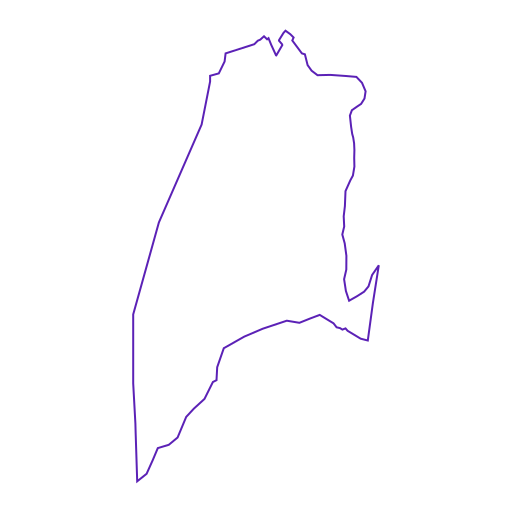 Idah, Kogi, Nigeria
{"feature_id": "59680162B89596725903657", "entity_name": "Idah", "entity_type": "district", "adm_level": 2, "iso_a3": "NGA", "parent_name": "Nigeria", "parent_adm1": "Kogi", "projection": "equal_earth", "projection_center": [6.753, 7.056], "detail": "fine", "context": "isolated", "style": "outline", "palette": "violet", "viewbox_px": 512, "rotation_deg": 0, "n_neighbors": 0, "source": "geoboundaries", "source_scale": "gbopen_adm2", "svg_char_len": 1315}
<svg xmlns="http://www.w3.org/2000/svg" viewBox="0 0 512 512"><path d="M137.2,481.3L146.6,473.8L152.8,460.0L157.8,448.1L168.8,444.8L177.6,437.5L186.2,416.9L193.9,408.6L204.5,398.9L212.9,382.0L216.5,380.2L217.2,367.2L223.8,348.2L244.3,336.6L262.8,328.7L286.8,320.7L299.4,322.8L310.4,318.4L319.7,314.9L333.5,323.3L336.6,327.3L340.0,328.1L342.4,329.6L345.5,328.4L347.6,330.8L360.7,338.7L367.8,340.5L372.9,303.0L378.8,265.3L372.1,275.0L368.5,286.4L364.1,291.7L356.9,296.3L349.1,300.7L345.9,291.0L344.1,279.2L346.3,269.6L346.4,255.8L344.7,243.3L342.3,234.5L344.2,226.5L343.7,216.3L344.9,206.1L345.5,191.1L350.4,180.2L352.9,175.6L354.4,166.6L354.2,158.0L354.4,150.1L354.1,143.3L353.2,137.5L352.2,133.9L351.1,126.7L349.9,115.6L351.9,110.2L357.2,106.5L361.1,103.9L364.5,98.5L365.6,91.3L362.0,82.8L356.4,76.9L345.9,76.0L330.3,74.9L317.5,75.2L311.6,70.7L307.6,65.1L304.9,54.3L301.9,53.4L292.3,40.5L293.6,37.5L290.3,34.2L285.5,30.7L283.5,32.9L279.1,40.0L279.0,40.7L282.1,44.3L282.3,45.1L276.3,55.4L276.0,55.3L274.1,51.1L271.2,44.8L268.5,38.2L267.1,39.3L264.0,36.3L260.2,39.7L257.8,40.7L254.3,44.2L225.6,53.4L224.6,61.5L218.8,73.4L210.1,75.8L210.1,81.5L208.5,89.7L201.6,124.6L199.8,128.7L158.9,222.4L146.4,267.2L133.2,314.4L133.2,383.4L135.4,423.7L135.6,431.4L137.2,481.3Z" fill="none" stroke="#5b21b6" stroke-width="2"/></svg>